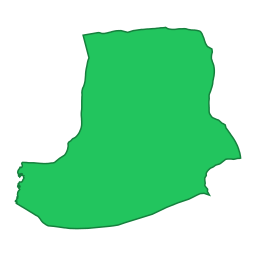 Abs, Hajjah, Yemen
{"feature_id": "15242507B78057914295959", "entity_name": "Abs", "entity_type": "district", "adm_level": 2, "iso_a3": "YEM", "parent_name": "Yemen", "parent_adm1": "Hajjah", "projection": "orthographic", "projection_center": [43.036, 16.018], "detail": "fine", "context": "isolated", "style": "filled", "palette": "green", "viewbox_px": 256, "rotation_deg": 0, "n_neighbors": 0, "source": "geoboundaries", "source_scale": "gbopen_adm2", "svg_char_len": 5643}
<svg xmlns="http://www.w3.org/2000/svg" viewBox="0 0 256 256"><path d="M22.5,162.4L21.9,163.0L21.7,163.9L22.2,164.5L22.3,165.8L22.1,166.7L21.6,167.3L21.1,167.6L20.7,167.3L20.2,167.1L19.8,167.7L19.7,168.2L19.4,168.5L19.1,169.2L18.4,170.0L18.3,170.4L18.1,170.6L17.9,171.4L17.9,171.7L17.7,172.1L18.0,173.4L18.4,173.8L18.4,174.1L18.5,174.7L18.5,175.1L18.7,176.3L18.8,176.6L18.9,175.9L18.9,175.3L19.2,175.1L19.7,174.2L20.3,173.9L21.0,173.6L21.8,173.7L22.2,173.8L22.3,174.1L21.9,174.6L21.5,174.8L21.1,174.9L20.5,175.1L20.1,175.7L19.6,176.0L19.5,176.3L19.5,176.6L19.7,177.0L20.1,176.6L20.3,176.1L21.0,175.5L22.0,175.3L22.5,175.2L23.7,175.8L23.3,176.1L23.5,176.8L23.7,177.6L24.0,177.8L23.8,178.6L23.2,179.3L22.8,180.1L22.5,181.0L21.6,182.0L20.4,182.1L19.8,181.9L19.3,182.3L18.9,183.7L18.7,183.4L18.3,183.6L18.3,184.2L18.0,185.1L17.9,185.4L17.9,185.8L17.7,186.1L17.7,186.6L18.5,186.3L18.6,185.8L18.7,185.5L19.1,185.4L19.4,185.5L19.8,186.0L20.0,186.3L19.9,186.8L19.6,187.4L18.6,187.3L18.6,187.9L19.7,189.5L19.1,190.4L18.3,191.2L17.8,192.4L17.5,194.4L17.6,195.3L17.9,196.3L17.5,196.7L17.0,197.0L17.0,197.5L17.4,197.6L17.7,197.7L17.7,198.1L17.5,198.3L17.1,198.1L16.8,199.1L16.6,199.2L16.6,199.9L16.6,200.7L16.2,201.0L15.6,200.7L15.4,201.0L15.4,201.4L15.5,201.5L15.8,201.7L16.4,201.8L16.9,202.1L16.8,202.4L16.9,202.8L16.4,203.0L16.3,203.3L16.9,203.7L22.2,206.9L22.3,206.9L30.5,211.9L32.2,212.9L35.8,215.2L37.7,216.1L38.5,216.8L39.4,217.9L40.2,218.9L41.2,220.5L42.2,221.7L43.2,222.7L46.2,224.8L48.2,225.8L53.8,226.3L57.5,226.8L63.8,227.7L64.3,227.8L65.2,227.8L69.6,228.4L76.8,228.6L87.9,228.3L96.4,227.5L109.0,226.3L113.2,225.8L118.2,225.0L124.6,222.8L152.3,214.2L166.5,207.4L177.5,203.0L177.7,202.9L188.9,199.1L193.2,197.0L196.7,195.2L200.2,193.6L204.1,193.3L209.4,195.1L207.9,192.4L207.4,191.7L207.6,189.2L205.5,186.6L204.8,185.5L204.9,184.5L205.2,183.4L205.1,182.4L204.8,180.2L204.8,179.0L204.8,177.9L206.3,175.5L206.2,174.2L206.2,173.4L206.5,172.7L207.1,171.6L207.8,170.7L208.6,169.8L209.6,168.9L210.4,168.2L211.5,167.7L212.7,167.2L213.7,166.6L214.6,165.9L215.4,165.3L216.4,164.9L217.7,164.5L218.9,164.2L220.0,163.7L220.9,163.1L222.9,161.5L223.8,160.8L224.8,160.0L225.7,159.3L226.8,159.1L227.9,159.0L228.9,159.0L230.0,159.0L231.1,159.0L232.1,159.1L233.2,159.3L234.2,159.2L235.6,158.9L236.7,158.6L237.8,158.4L238.9,158.4L239.9,158.3L240.6,158.1L240.5,157.3L240.4,156.2L240.2,155.2L239.8,153.0L239.2,151.1L239.1,150.9L238.8,149.8L238.5,148.7L238.4,148.6L238.1,147.7L237.7,146.6L237.3,145.6L235.3,141.6L234.1,139.6L233.5,138.6L232.9,137.7L232.2,136.7L231.4,135.6L230.7,134.6L230.2,133.8L229.5,132.8L228.9,132.0L228.3,131.1L227.6,130.1L226.8,129.0L226.0,128.0L225.2,124.9L223.2,123.7L221.8,123.1L220.9,122.2L219.9,121.3L219.1,120.5L218.1,119.9L217.0,119.6L216.0,119.2L214.9,118.7L212.9,117.8L212.0,117.2L211.3,116.3L210.5,115.1L209.9,114.2L209.4,113.1L209.2,112.1L209.1,111.0L209.1,109.2L209.1,108.5L209.1,107.4L209.0,106.3L209.0,105.1L208.9,104.0L208.9,102.9L208.9,101.8L209.0,100.7L209.1,99.6L209.2,98.4L209.1,97.3L209.1,96.2L209.1,95.1L209.4,94.0L209.8,92.9L210.3,91.8L210.7,90.7L211.5,88.1L211.9,87.0L212.2,85.8L212.5,84.6L212.7,83.5L212.8,82.2L212.9,81.2L213.1,80.0L213.4,79.0L213.5,77.9L213.8,76.7L214.0,75.6L214.1,74.5L214.2,73.5L214.3,72.4L214.3,71.3L214.3,70.0L214.1,67.8L213.7,65.4L213.3,64.2L212.9,63.1L212.5,62.2L212.2,61.1L211.8,59.9L211.4,58.7L211.4,57.6L211.4,56.5L211.5,55.4L211.7,54.2L212.0,53.1L212.3,52.1L212.2,51.0L211.9,49.0L207.6,46.6L206.9,45.8L206.4,44.9L205.8,43.9L205.3,42.9L205.0,41.9L204.6,40.9L204.3,39.9L204.0,38.8L203.7,37.9L203.2,36.8L202.8,35.8L202.4,34.8L202.0,33.8L201.4,32.9L200.8,32.0L200.0,31.3L199.0,30.9L198.0,30.7L196.9,30.4L195.9,30.3L194.7,30.1L193.5,30.1L192.3,30.0L191.3,30.0L190.2,29.8L189.1,29.6L188.1,29.5L186.9,29.1L185.9,28.8L184.7,28.7L183.5,28.7L182.2,28.8L181.2,28.8L179.8,28.8L178.4,28.9L177.0,29.1L175.8,29.3L174.6,29.4L173.3,29.4L172.0,29.4L170.9,29.3L169.6,29.1L168.5,28.9L167.4,28.5L166.5,27.9L165.6,27.4L164.5,27.6L163.5,27.7L162.4,27.8L161.2,27.8L160.2,27.9L159.1,28.1L157.9,28.2L156.7,28.3L155.4,28.5L154.3,28.6L153.2,28.6L152.0,28.7L149.7,28.9L148.4,29.0L147.4,29.0L143.8,29.4L142.5,29.5L141.2,29.5L140.0,29.7L138.5,29.9L137.1,30.1L135.8,30.3L134.4,30.5L133.4,30.6L127.6,32.4L126.3,32.0L120.9,30.6L119.8,30.7L118.3,30.7L116.5,30.8L115.1,31.0L113.7,31.3L112.2,31.6L111.0,32.0L109.8,32.3L108.8,32.5L107.8,32.8L105.3,33.3L104.3,33.5L103.1,33.5L102.0,33.5L100.9,33.2L99.9,32.8L98.8,32.6L97.7,32.7L83.1,35.2L89.0,57.9L88.6,58.9L88.2,59.9L87.9,60.9L87.6,62.0L87.4,63.1L87.2,64.2L86.8,66.4L86.5,67.6L86.1,69.7L85.8,71.8L85.7,72.8L85.6,74.0L85.6,75.1L85.5,76.2L85.4,77.4L85.3,78.6L85.2,79.7L85.1,80.8L84.9,81.9L84.3,84.4L83.9,85.5L83.6,86.5L83.1,87.4L82.6,88.4L82.4,89.5L82.1,90.5L82.0,91.6L81.9,92.6L82.0,93.8L82.1,94.9L82.0,96.0L81.9,97.1L81.9,98.4L81.8,100.7L81.8,101.7L81.8,102.8L81.8,105.0L81.8,106.3L81.8,107.3L81.7,109.7L81.5,110.8L81.4,111.9L81.3,113.0L81.3,115.4L81.5,117.7L81.6,118.7L81.6,120.0L81.7,121.1L81.7,123.3L81.7,124.4L81.6,125.6L81.4,126.7L81.2,127.7L80.9,128.7L80.4,130.0L79.9,131.1L79.5,132.1L78.9,133.2L78.1,134.4L77.4,135.3L76.6,136.2L75.9,136.9L75.0,137.6L74.1,138.1L73.1,138.5L72.2,139.2L71.5,140.0L70.8,140.8L68.7,142.2L68.0,143.6L68.2,146.1L68.0,147.2L67.6,149.3L67.2,150.4L66.8,151.4L66.3,152.5L65.8,153.4L65.2,154.3L64.5,155.2L59.6,158.3L54.5,162.5L53.5,162.8L52.4,163.0L51.3,163.0L50.3,163.2L49.0,163.4L48.0,163.5L45.6,163.6L44.6,163.6L43.3,163.6L42.2,163.5L40.1,163.4L39.0,163.3L37.9,163.2L36.8,163.1L35.6,163.0L34.7,162.9L33.4,162.8L31.1,162.8L28.7,162.8L26.2,162.5L24.9,162.5L23.9,162.4L22.7,162.4L22.5,162.4Z" fill="#22c55e" stroke="#15803d" stroke-width="1.5"/></svg>